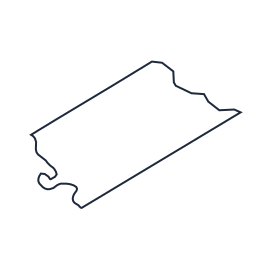 outline of Douglas, Nebraska, United States of America, rotated 149°
{"feature_id": "52423323B70861004931924", "entity_name": "Douglas", "entity_type": "district", "adm_level": 2, "iso_a3": "USA", "parent_name": "United States of America", "parent_adm1": "Nebraska", "projection": "natural_earth1", "projection_center": [-96.018, 41.292], "detail": "fine", "context": "isolated", "style": "outline", "palette": "slate", "viewbox_px": 256, "rotation_deg": 149, "n_neighbors": 0, "source": "geoboundaries", "source_scale": "gbopen_adm2", "svg_char_len": 1050}
<svg xmlns="http://www.w3.org/2000/svg" viewBox="0 0 256 256"><g transform="rotate(149 128 128)"><path d="M23.4,83.4L27.4,89.1L40.6,96.2L45.6,109.3L45.4,117.9L55.7,125.1L65.3,139.6L65.2,143.5L60.0,153.2L65.2,166.4L73.3,172.6L119.0,172.3L132.4,172.3L159.3,172.3L179.4,172.3L184.5,172.3L185.7,172.3L205.9,172.2L208.9,172.1L214.6,172.1L213.6,170.1L213.1,167.2L214.0,163.3L217.4,158.1L218.3,156.4L218.9,154.3L218.9,153.3L218.7,151.5L216.7,146.4L215.2,142.5L215.0,139.9L214.1,136.2L213.9,135.5L212.6,132.5L212.3,130.9L212.3,128.5L212.3,127.7L213.0,125.0L215.6,123.8L220.6,123.9L221.2,124.5L221.2,127.2L223.0,131.4L226.1,133.8L228.8,132.5L230.7,130.9L232.1,128.9L232.2,128.7L232.6,126.2L231.5,121.2L230.3,118.8L228.6,117.0L226.6,115.9L222.9,115.0L217.8,115.5L214.9,115.1L213.7,114.6L208.9,111.6L206.3,109.4L204.1,106.8L202.8,104.3L202.8,102.7L203.5,101.6L204.4,100.8L208.3,99.1L210.2,97.7L211.8,95.9L212.6,93.6L212.4,91.4L210.3,87.3L209.7,84.4L208.9,83.4L166.0,83.4L106.5,83.4L72.9,83.4L23.4,83.4Z" fill="none" stroke="#1e293b" stroke-width="2"/></g></svg>